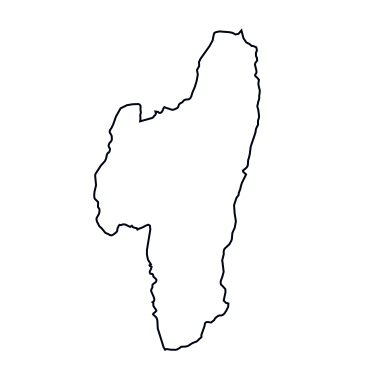 Tolima, Mercator projection, rotated 165°
{"feature_id": "COL-1402", "entity_name": "Tolima", "entity_type": "Department", "adm_level": 1, "iso_a3": "COL", "parent_name": "Colombia", "parent_adm1": "", "projection": "mercator", "projection_center": [-75.185, 4.102], "detail": "fine", "context": "isolated", "style": "outline", "palette": "ink", "viewbox_px": 384, "rotation_deg": 165, "n_neighbors": 0, "source": "natural_earth", "source_scale": "10m", "svg_char_len": 3960}
<svg xmlns="http://www.w3.org/2000/svg" viewBox="0 0 384 384"><g transform="rotate(165 192 192)"><path d="M281.4,232.4L280.8,234.2L273.2,241.1L268.2,244.3L266.8,245.9L265.8,247.5L264.5,250.2L263.5,251.2L262.7,251.6L261.9,251.8L261.3,252.4L260.6,253.6L260.1,254.7L260.3,256.1L260.6,257.1L260.6,258.3L260.1,259.3L258.7,260.9L257.5,261.5L256.4,262.5L255.7,263.8L255.1,266.7L255.3,268.5L255.9,270.0L256.0,271.3L255.3,272.8L252.9,275.0L250.4,278.0L245.8,284.7L239.3,291.3L232.3,292.7L226.5,292.1L220.9,290.8L219.9,289.9L219.4,288.7L219.7,287.4L220.2,285.9L220.5,284.4L220.8,282.2L221.0,281.5L221.9,280.1L222.3,279.1L222.4,277.8L223.2,275.1L223.8,273.7L211.8,273.8L210.8,273.9L209.9,274.3L209.1,275.2L207.7,275.8L206.5,277.2L206.5,279.2L204.1,278.2L203.8,277.6L203.2,276.9L202.2,276.6L200.8,276.9L199.0,278.6L198.2,279.8L197.2,280.8L196.7,281.1L194.9,279.7L193.3,278.8L190.8,277.1L189.6,276.4L188.4,276.3L184.8,276.8L184.2,277.1L183.4,277.6L182.6,278.9L181.9,279.8L181.0,280.5L178.5,281.1L177.5,281.6L176.3,282.5L174.9,282.9L173.8,282.9L172.6,282.6L171.3,282.4L169.9,282.7L168.1,284.3L165.8,288.0L162.1,292.7L158.7,298.2L156.0,303.9L155.6,308.6L152.5,311.7L151.6,315.7L149.4,318.4L137.5,328.2L132.9,333.0L130.2,338.5L129.1,339.9L127.4,340.2L123.9,340.0L114.3,336.6L111.8,335.3L110.3,334.0L109.4,333.0L107.6,332.8L106.1,332.8L102.4,335.3L102.5,327.2L100.8,322.4L98.2,320.1L96.6,317.7L94.8,317.0L92.5,315.1L92.5,313.8L92.6,312.3L93.0,311.3L94.2,310.1L95.0,306.8L94.6,304.6L95.1,301.9L97.0,300.7L98.2,299.0L98.4,292.3L98.8,290.7L99.5,289.8L100.4,289.2L100.9,288.4L100.6,287.1L99.7,286.0L98.3,283.0L99.8,279.7L100.2,276.7L100.2,272.7L101.0,270.2L102.3,267.3L102.7,265.3L103.6,263.6L104.9,261.7L105.6,260.0L106.6,258.4L106.8,256.8L106.7,254.5L107.6,247.7L108.7,245.4L109.7,244.1L110.9,239.7L111.5,239.2L113.7,236.6L114.1,235.8L115.5,232.7L123.6,220.5L126.4,213.6L128.2,210.2L129.5,208.3L131.1,203.6L132.1,202.1L133.5,201.2L137.3,199.5L137.3,198.2L135.2,195.0L141.5,187.8L143.6,184.4L144.5,182.5L147.0,179.1L147.8,177.0L150.5,174.9L153.4,170.6L154.8,168.3L156.3,160.7L157.2,152.3L160.0,146.4L163.6,142.0L165.7,136.2L166.6,134.8L169.3,131.9L175.2,128.8L175.9,127.9L176.7,126.7L177.4,123.8L180.7,117.8L180.6,116.9L182.1,106.7L184.8,102.0L187.0,99.0L187.8,97.1L188.0,95.2L186.9,93.4L185.0,89.7L185.2,88.1L185.7,86.3L189.5,78.9L187.8,76.0L185.7,74.9L186.8,71.7L189.6,68.5L192.3,66.1L194.1,65.3L195.6,65.1L197.0,65.6L198.7,65.6L200.9,64.8L202.7,63.7L203.8,62.5L207.4,61.0L210.0,62.2L211.8,62.6L212.9,62.2L213.5,61.7L213.8,61.1L214.0,60.4L214.8,59.0L219.9,51.5L220.5,49.3L223.5,47.9L224.5,47.2L226.6,46.3L228.3,46.2L230.9,45.9L235.4,44.4L237.9,44.3L242.5,45.3L244.9,44.3L247.4,43.8L248.5,43.8L252.9,45.0L257.5,47.0L258.8,46.6L259.6,49.2L260.4,69.0L258.8,76.5L258.7,79.0L259.1,80.4L260.9,83.2L261.3,84.0L260.6,84.7L257.8,86.0L257.1,86.6L257.3,87.5L258.7,91.6L258.6,92.9L258.3,93.9L258.1,94.8L258.7,95.8L257.2,96.3L256.4,97.4L256.1,99.0L256.2,100.8L257.1,106.8L256.6,108.3L254.9,110.1L254.6,111.4L254.1,112.7L252.8,113.4L251.3,113.9L249.9,114.7L249.1,116.2L249.5,117.6L251.2,120.2L251.2,120.6L251.1,121.1L251.0,121.7L251.2,122.6L251.8,123.3L252.6,123.5L253.4,123.9L253.7,124.8L253.3,126.2L251.2,128.7L250.4,130.2L251.8,131.5L252.0,132.2L250.4,132.7L252.0,137.9L251.8,142.9L250.6,147.5L241.9,166.7L241.4,170.4L242.7,171.7L245.3,171.5L248.8,170.6L251.5,170.4L254.5,169.9L254.7,171.3L257.5,172.8L258.0,173.1L258.8,174.9L260.8,174.3L264.8,177.8L266.2,178.4L267.6,178.6L268.8,178.4L269.6,178.5L270.3,179.0L270.9,178.8L271.6,178.3L272.5,177.0L273.2,176.4L273.6,175.7L274.2,173.9L274.9,173.2L275.9,172.5L279.2,171.2L280.4,171.0L281.2,171.0L282.4,171.6L283.0,172.3L284.0,173.2L286.2,174.9L288.9,180.8L289.8,181.9L290.6,183.8L290.8,185.2L291.5,188.2L291.2,191.0L289.7,192.8L289.0,193.4L287.4,195.1L286.6,196.7L286.1,198.2L285.9,199.7L286.7,201.8L285.3,206.5L287.7,210.7L287.7,212.3L287.2,214.5L286.1,217.5L282.9,223.4L281.4,232.4Z" fill="none" stroke="#020617" stroke-width="2"/></g></svg>